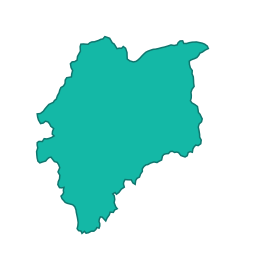 Santa Rita de Jacutinga, Minas Gerais, Brazil (Natural Earth projection), rotated 348°
{"feature_id": "56859067B71709510616947", "entity_name": "Santa Rita de Jacutinga", "entity_type": "district", "adm_level": 2, "iso_a3": "BRA", "parent_name": "Brazil", "parent_adm1": "Minas Gerais", "projection": "natural_earth1", "projection_center": [-44.096, -22.111], "detail": "fine", "context": "isolated", "style": "filled", "palette": "teal", "viewbox_px": 256, "rotation_deg": 348, "n_neighbors": 0, "source": "geoboundaries", "source_scale": "gbopen_adm2", "svg_char_len": 3134}
<svg xmlns="http://www.w3.org/2000/svg" viewBox="0 0 256 256"><g transform="rotate(348 128 128)"><path d="M42.1,95.3L41.9,98.5L42.1,101.5L43.4,105.5L46.2,105.5L48.6,104.2L50.9,105.3L52.2,107.6L52.8,110.2L55.2,113.1L53.5,115.5L52.6,118.2L54.0,120.4L51.3,121.4L48.2,121.8L46.2,121.8L43.8,121.0L41.4,123.4L38.1,122.6L36.2,123.4L35.6,125.7L35.6,128.7L33.7,132.0L33.2,135.5L32.9,138.4L33.0,141.7L34.5,143.8L37.8,143.4L40.6,143.2L42.5,141.7L44.3,140.6L46.6,140.5L47.8,143.0L49.0,145.5L51.6,146.9L52.6,149.6L53.0,152.7L50.4,156.4L51.5,160.0L50.4,163.6L48.7,165.9L47.6,168.8L48.6,172.1L50.8,172.8L53.0,172.8L51.8,175.4L51.6,177.8L50.2,179.5L48.3,180.7L48.8,183.5L50.0,185.6L51.1,187.7L52.9,189.0L55.3,190.2L57.9,191.5L59.6,193.9L60.1,197.4L59.9,199.7L59.9,202.2L59.9,204.9L59.8,207.5L59.6,210.2L58.6,213.3L57.3,215.9L58.3,218.1L60.6,219.1L61.1,221.5L63.9,220.0L65.1,222.2L67.5,222.2L70.6,221.3L73.2,221.8L75.4,220.6L76.8,218.9L78.9,219.9L80.0,218.0L80.5,215.7L80.2,213.3L81.0,211.2L82.5,209.2L84.3,209.9L85.7,212.3L86.9,214.3L88.8,211.7L91.6,209.1L93.1,206.6L96.1,207.5L97.9,205.4L100.7,204.7L99.6,202.5L98.9,198.1L100.2,195.1L100.4,191.3L99.4,189.3L101.9,188.4L102.9,190.4L105.6,189.2L108.8,186.4L112.1,185.1L111.9,181.8L112.7,179.8L114.4,177.8L117.0,178.6L120.4,179.4L121.4,182.8L123.3,184.6L124.6,180.9L126.4,179.1L129.0,178.4L130.8,175.5L133.0,173.5L133.5,170.9L135.6,168.9L137.9,167.8L139.8,167.9L142.6,167.0L146.3,166.6L149.2,167.8L151.4,167.0L154.2,166.3L155.9,162.6L157.6,161.3L159.6,161.1L162.2,161.4L164.6,159.8L166.7,160.1L168.5,161.6L170.4,161.6L172.3,162.5L174.0,165.9L175.9,167.1L177.8,168.2L180.2,167.4L181.7,164.6L183.7,164.0L185.9,165.1L187.1,162.0L188.6,160.3L190.7,158.8L193.0,159.8L195.9,158.5L197.1,155.0L196.2,151.9L196.7,149.2L196.9,145.3L196.9,141.7L198.4,138.9L201.2,137.2L202.5,134.5L201.9,132.2L201.3,129.6L200.1,127.4L200.3,124.7L200.4,121.4L198.1,118.8L195.7,116.7L194.7,114.4L196.1,111.7L196.7,109.3L197.0,106.2L198.7,103.4L201.3,101.1L201.5,97.9L202.0,95.0L202.5,91.5L201.9,88.3L202.8,85.2L201.5,82.2L201.3,78.6L201.8,75.4L203.6,74.6L205.5,74.2L207.4,74.0L210.0,73.4L212.2,71.7L213.9,69.7L216.5,69.2L220.0,67.7L223.1,67.0L222.6,64.4L220.4,61.9L218.3,60.5L216.1,59.5L212.9,58.1L208.6,57.4L205.9,57.3L202.8,57.5L200.1,56.9L199.6,54.1L197.0,53.7L194.9,54.9L193.3,56.9L190.3,56.9L187.3,55.7L184.1,56.1L180.5,56.4L177.6,56.4L174.2,56.6L171.2,56.6L169.0,56.3L166.9,56.5L163.4,57.0L161.2,57.6L159.1,58.8L156.8,60.3L154.2,62.2L152.0,63.5L149.8,64.5L147.0,64.5L143.7,62.7L141.6,60.4L142.1,57.2L142.7,54.0L142.2,49.5L140.3,47.3L138.3,48.7L136.1,48.1L133.7,48.1L132.8,45.4L131.9,42.9L130.3,41.4L129.6,39.1L128.7,36.4L126.8,35.2L124.4,33.8L121.9,35.7L119.8,35.6L117.5,36.2L113.1,36.7L110.5,36.3L108.4,36.7L106.4,37.8L104.0,37.2L101.7,36.5L99.3,36.2L98.1,38.5L97.4,43.0L95.4,45.3L93.5,47.5L92.3,51.0L89.7,52.0L87.1,51.7L85.0,53.2L84.9,57.2L85.8,60.2L84.1,63.6L83.3,66.2L81.2,66.2L78.5,66.1L76.6,68.0L75.7,71.3L73.7,73.5L70.8,74.5L69.1,76.8L67.9,79.2L65.7,81.7L63.9,84.8L61.8,85.8L60.3,87.4L58.1,87.9L55.5,88.5L52.9,90.4L50.7,92.1L48.7,94.0L45.3,95.6L42.1,95.3Z" fill="#14b8a6" stroke="#0f766e" stroke-width="1.5"/></g></svg>